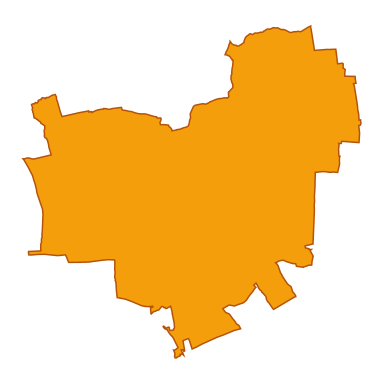 the district of Vinderei, Vaslui, Romania
{"feature_id": "2599482B12696403630714", "entity_name": "Vinderei", "entity_type": "district", "adm_level": 2, "iso_a3": "ROU", "parent_name": "Romania", "parent_adm1": "Vaslui", "projection": "robinson", "projection_center": [27.79, 46.151], "detail": "fine", "context": "isolated", "style": "filled", "palette": "amber", "viewbox_px": 384, "rotation_deg": 0, "n_neighbors": 0, "source": "geoboundaries", "source_scale": "gbopen_adm2", "svg_char_len": 5886}
<svg xmlns="http://www.w3.org/2000/svg" viewBox="0 0 384 384"><path d="M339.5,157.8L340.0,156.3L339.0,156.2L338.7,153.3L338.7,150.6L338.5,149.7L339.1,144.7L338.7,143.4L341.2,143.5L341.8,141.3L359.0,142.6L359.6,133.4L359.3,130.1L358.7,125.5L360.1,125.3L360.9,124.0L361.0,123.2L360.7,122.1L360.6,119.9L359.1,120.1L358.6,113.7L357.8,110.0L357.4,105.4L356.6,100.1L354.4,86.5L353.5,83.6L356.0,83.3L355.2,78.6L355.1,76.4L344.8,76.2L344.7,74.1L345.2,69.4L343.1,68.1L343.2,63.8L342.4,63.2L337.6,63.8L335.8,49.2L328.3,49.5L327.1,49.4L314.5,50.4L311.2,29.7L310.6,27.1L310.7,26.0L308.3,27.1L302.2,30.9L301.0,31.5L299.9,31.7L298.2,31.3L296.2,31.7L293.8,31.7L292.2,32.3L290.5,32.5L289.2,32.1L285.4,30.1L283.8,29.6L281.0,29.5L277.7,27.8L275.3,28.0L273.4,27.6L270.9,28.8L269.6,29.2L267.7,29.0L266.8,29.3L265.4,30.1L265.0,30.7L263.7,31.1L263.1,31.9L261.7,32.3L260.6,32.2L258.8,32.7L258.0,33.1L255.1,33.0L253.9,33.6L253.1,34.3L252.4,34.5L250.0,33.7L248.1,35.3L246.7,36.1L245.3,37.8L244.0,41.4L244.1,42.3L243.9,42.5L240.9,44.7L238.4,46.1L237.0,46.0L236.1,45.2L234.6,45.2L233.3,44.7L231.4,43.4L230.5,41.7L230.1,41.3L230.1,42.1L229.2,44.2L228.2,47.6L226.9,50.6L226.1,51.9L225.1,54.7L226.0,54.7L229.3,56.1L230.3,57.0L231.1,58.5L232.4,59.6L232.2,60.1L233.1,60.5L232.7,65.7L232.1,68.5L231.8,71.8L231.8,73.3L231.7,74.5L231.0,75.8L231.1,77.3L231.0,77.9L231.0,79.3L231.5,80.4L231.4,80.9L231.8,82.3L232.7,84.2L232.9,86.8L232.4,88.2L232.0,88.6L230.4,90.1L229.5,91.4L228.6,91.8L228.4,92.7L228.6,93.5L228.4,94.7L228.8,95.8L228.7,96.7L227.6,97.9L223.8,97.9L220.9,98.6L219.6,98.5L216.0,99.4L212.4,100.9L211.5,101.4L210.0,101.7L209.5,102.4L206.2,104.0L205.1,104.1L203.1,103.7L200.5,104.1L195.0,105.3L193.7,106.2L193.1,107.2L190.2,113.8L190.6,117.8L189.6,120.3L189.3,123.0L188.3,125.9L187.5,126.5L186.0,127.2L183.7,127.7L182.1,128.5L181.4,128.5L180.3,129.2L176.9,129.6L176.0,130.1L172.0,130.8L171.7,129.3L170.4,127.5L168.7,126.2L168.5,125.1L163.9,124.6L160.5,124.7L159.9,122.4L160.6,121.1L161.1,119.5L160.8,118.0L157.4,118.1L156.9,117.8L156.7,116.9L153.8,116.4L145.3,113.9L141.3,113.9L138.1,113.6L134.3,112.6L131.7,111.6L128.4,111.2L125.4,110.4L122.8,110.2L122.1,109.8L121.6,107.8L121.3,107.4L112.7,108.5L109.4,109.3L107.6,109.2L106.5,108.7L103.8,108.5L103.6,109.1L101.4,109.2L97.8,109.9L95.1,110.9L91.9,112.5L91.7,111.6L88.9,112.1L88.8,110.9L79.6,112.6L62.0,116.6L60.4,112.1L57.8,103.0L57.5,101.5L56.6,99.8L56.4,96.9L55.2,94.5L52.0,95.3L48.1,97.6L47.0,97.4L46.2,97.6L45.8,97.9L45.8,98.5L45.6,98.6L45.1,98.6L44.7,98.2L44.0,97.9L42.3,97.7L41.2,98.8L41.0,99.7L40.2,99.6L38.3,100.4L38.1,100.8L38.4,101.5L37.2,103.0L36.6,103.0L35.7,102.5L34.9,103.0L34.4,103.9L33.3,103.7L31.5,104.5L31.9,106.1L32.3,106.5L32.4,107.0L32.6,108.3L32.4,108.5L32.1,109.4L32.9,111.9L32.9,112.4L33.3,113.3L34.1,117.8L34.3,118.0L35.4,118.2L36.7,119.3L37.7,119.7L38.0,120.3L40.5,122.1L40.8,123.2L44.7,125.7L44.8,128.2L44.2,130.5L44.5,134.8L44.5,135.5L44.2,135.9L44.9,137.6L46.5,138.5L47.5,140.6L48.4,143.9L49.0,147.6L51.2,154.9L34.4,158.9L32.7,159.0L28.4,157.9L26.2,158.2L24.8,158.8L23.0,158.8L24.2,160.3L28.4,167.6L32.6,175.8L33.6,179.5L34.9,183.3L36.4,189.2L36.8,192.1L37.4,194.3L42.5,209.2L43.0,214.3L42.3,230.8L41.9,235.0L42.2,236.8L41.6,238.1L41.4,240.4L41.5,242.5L40.9,243.6L40.7,246.1L40.8,250.9L28.6,251.5L28.4,252.2L28.8,254.9L31.1,255.0L38.3,254.4L44.7,254.3L57.4,255.6L61.7,255.3L65.4,254.8L66.7,257.4L67.7,260.2L68.7,262.4L81.1,262.3L83.1,262.1L84.6,262.2L88.9,262.0L103.4,260.1L108.2,259.7L114.4,259.9L114.6,260.2L114.9,262.2L114.7,269.7L115.1,272.0L114.7,277.6L115.4,279.3L115.2,280.6L115.9,282.0L116.5,291.6L117.2,297.6L125.2,299.1L131.5,301.4L141.9,305.8L145.0,306.4L147.7,306.6L150.8,306.5L152.6,306.1L152.8,307.1L150.5,307.5L150.9,313.1L151.0,313.8L151.2,314.0L153.4,311.8L155.5,311.2L157.1,310.3L158.4,310.1L159.1,309.7L161.2,307.0L161.8,306.4L163.3,306.8L163.8,307.5L164.2,307.7L165.2,307.6L165.6,308.5L166.2,308.5L167.1,308.2L170.6,306.2L172.0,311.3L172.4,313.5L172.2,313.5L174.1,322.5L174.5,327.8L173.6,329.0L173.6,329.7L173.0,330.1L170.5,330.5L169.7,330.3L169.3,328.4L169.5,328.1L169.2,327.4L168.6,327.1L167.6,327.4L165.9,328.3L165.4,328.1L164.8,326.9L164.2,326.4L163.4,326.2L163.1,326.7L164.7,328.7L167.0,329.6L169.0,332.8L170.6,334.9L172.9,337.3L178.1,347.7L174.5,350.3L173.6,350.1L174.7,352.9L174.9,354.2L174.8,355.5L174.5,356.0L174.9,357.7L175.5,358.0L176.4,357.9L177.7,356.9L180.4,355.7L180.5,355.4L180.2,354.4L181.1,354.3L181.9,353.6L182.2,353.5L182.9,354.6L183.6,355.2L182.9,353.3L181.9,351.9L181.8,351.2L181.4,350.6L181.2,349.8L182.6,349.7L183.3,349.9L183.9,351.4L184.7,350.9L183.0,340.8L184.1,340.2L188.1,338.6L188.7,339.0L189.7,341.4L192.1,349.0L196.6,347.0L201.7,344.2L217.0,337.3L223.3,335.0L234.4,330.4L240.6,328.8L239.2,325.9L238.4,325.0L236.6,324.0L234.8,321.2L232.5,318.4L229.8,314.6L228.6,313.6L225.8,312.6L223.4,309.6L222.9,308.6L229.2,305.0L234.6,306.0L237.2,304.9L243.4,302.8L245.7,300.9L246.8,299.6L248.9,296.3L253.2,291.0L254.3,289.1L255.9,287.3L253.8,285.1L256.0,283.1L258.0,286.4L258.5,287.9L259.6,289.6L261.6,291.2L261.7,292.0L262.0,292.4L262.5,292.7L265.7,296.2L266.1,297.2L266.5,299.5L267.7,301.7L269.1,303.1L272.7,308.5L273.6,309.4L293.0,297.9L295.2,296.7L295.8,296.6L295.6,295.5L292.5,291.4L291.5,287.9L291.0,286.7L289.9,285.7L288.9,285.2L287.2,283.5L282.9,277.1L281.3,273.9L280.5,272.8L278.1,265.8L276.8,263.9L275.6,262.7L276.9,262.3L278.4,261.2L279.0,261.0L281.7,260.4L284.0,260.4L286.3,261.6L292.7,263.6L295.6,263.7L296.5,266.3L303.4,267.3L303.5,267.1L308.9,265.2L311.7,265.1L312.1,260.6L312.5,259.6L312.8,257.8L312.6,257.3L313.1,256.7L313.2,256.2L310.1,250.5L311.3,249.5L309.3,249.5L308.7,249.2L308.8,248.7L305.3,247.8L305.1,245.9L313.0,244.0L314.4,209.9L314.2,205.2L314.6,201.6L314.4,196.0L314.9,188.4L315.3,172.3L320.2,171.9L321.5,171.6L325.7,171.7L329.8,172.4L333.5,172.0L337.6,172.5L339.5,164.7L339.6,163.5L339.4,161.0L339.5,157.8Z" fill="#f59e0b" stroke="#b45309" stroke-width="1.5"/></svg>